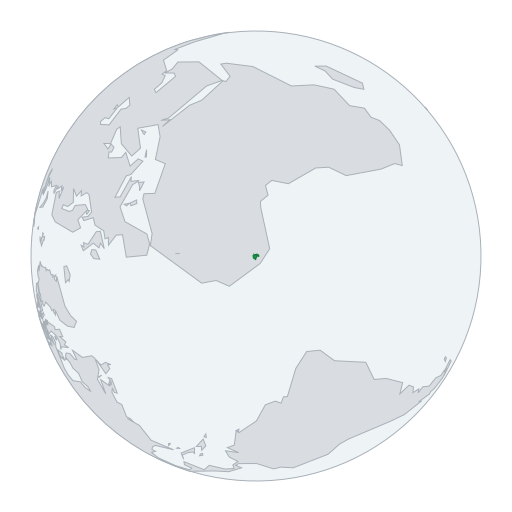 globe centered on Lofa, rotated 269°
{"feature_id": "LBR-787", "entity_name": "Lofa", "entity_type": "County", "adm_level": 1, "iso_a3": "LBR", "parent_name": "Liberia", "parent_adm1": "", "projection": "orthographic", "projection_center": [-9.763, 7.877], "detail": "fine", "context": "on_globe", "style": "filled", "palette": "green", "viewbox_px": 512, "rotation_deg": 269, "n_neighbors": 0, "source": "natural_earth", "source_scale": "10m", "svg_char_len": 9424}
<svg xmlns="http://www.w3.org/2000/svg" viewBox="0 0 512 512"><g transform="rotate(269 256 256)"><circle cx="256" cy="256" r="225" fill="#eef3f6" stroke="#a8b0b8"/><path d="M183.9,42.6L170.5,48.1L174.9,46.5L170.4,49.3L173.8,48.7L169.2,50.9L175.9,48.6L179.4,46.8L183.5,45.3L185.9,45.0L180.4,47.6L178.5,48.1L178.1,48.7L174.4,50.2L177.6,49.3L170.7,52.9L180.9,49.1L178.3,51.7L172.8,54.2L169.0,54.2L146.9,62.5L140.3,66.2L134.6,70.8L133.2,78.2L127.6,82.7L123.3,88.6L128.3,85.6L133.5,80.0L141.8,76.6L147.2,70.9L151.4,68.9L158.7,63.7L162.3,64.4L161.8,68.2L155.9,72.9L155.5,75.0L164.9,70.9L157.6,80.8L159.1,90.0L156.7,93.0L145.2,97.1L135.6,95.3L120.7,103.4L135.1,98.5L128.8,107.2L129.8,109.0L132.8,109.1L137.0,106.1L135.9,109.5L121.3,114.9L122.1,111.9L126.7,110.0L122.2,109.6L112.3,114.5L109.9,119.2L97.5,123.8L95.6,127.5L91.9,131.0L95.7,124.6L88.6,136.5L73.6,147.9L63.7,170.2L68.4,152.0L67.0,149.2L64.3,148.6L62.5,152.1L61.4,148.2L56.1,154.5L47.9,171.7L43.3,186.0L45.1,188.0L48.6,180.8L51.6,180.4L43.2,200.5L47.5,205.6L43.5,221.4L43.9,230.3L47.5,229.2L50.9,234.4L55.4,225.8L61.8,222.1L59.7,235.2L64.9,224.0L67.3,231.0L81.3,233.1L79.7,235.9L91.1,253.6L107.0,262.7L110.6,272.8L108.4,278.5L114.7,281.0L114.8,284.9L142.8,293.8L159.6,305.0L160.7,318.5L149.9,332.7L147.8,363.9L130.5,372.0L131.3,384.1L126.8,400.4L115.6,397.4L124.2,406.8L122.4,411.2L116.6,410.5L120.3,416.5L116.3,415.8L122.3,420.4L122.9,426.9L131.0,433.6L133.3,438.7L138.8,442.6L137.0,442.1L137.1,443.0L139.5,444.9L130.9,440.4L120.3,431.9L117.3,428.2L114.9,426.9L107.8,416.8L107.8,418.5L94.9,401.6L88.6,388.0L71.6,345.8L66.7,336.6L56.5,324.5L43.6,289.6L44.5,276.9L42.8,270.1L48.5,252.9L48.7,234.9L47.1,231.9L44.5,237.9L40.8,224.9L41.8,211.1L41.9,185.8L47.5,170.7L54.1,156.1L61.7,141.9L70.4,128.3L80.0,115.4L90.4,103.2L101.8,91.8L113.9,81.2L126.7,71.5L140.2,62.8L154.3,55.0L168.9,48.3L183.9,42.6ZM60.3,177.7L65.4,191.1L59.6,191.1L61.2,189.3L60.5,184.2L58.2,178.9L53.9,180.1L60.3,177.7ZM69.1,166.5L68.0,165.2L69.5,165.5L69.1,166.5ZM156.3,63.7L157.4,63.7L155.5,64.7L156.3,63.7ZM158.4,61.7L155.2,62.8L155.7,62.0L157.7,61.3L158.4,61.7ZM162.1,60.5L157.0,60.5L158.0,59.2L166.1,55.6L162.1,60.5ZM179.5,46.4L175.9,48.3L176.7,47.1L179.5,46.4ZM179.1,46.0L175.9,45.7L182.4,43.2L182.1,43.5L188.9,41.0L193.6,39.9L191.0,41.0L185.8,42.8L191.6,41.1L179.1,46.0ZM185.2,44.7L184.0,44.6L189.6,42.4L193.1,42.1L190.1,42.9L185.2,44.7ZM194.3,39.3L198.2,38.3L200.8,37.6L194.3,39.7L188.3,41.1L189.1,40.9L194.3,39.3ZM190.0,43.3L194.7,42.1L194.2,43.0L186.8,44.7L190.0,43.3ZM189.6,42.0L192.4,41.0L191.9,41.4L189.6,42.0ZM195.0,46.4L193.4,45.9L196.2,44.6L195.0,46.4ZM196.4,41.7L196.6,41.4L197.5,40.9L200.4,40.5L196.4,41.7ZM198.4,38.8L199.6,38.6L201.3,37.8L205.3,37.1L200.2,38.7L204.1,37.7L205.3,37.5L199.8,39.2L198.4,38.8ZM206.0,38.8L201.0,41.3L203.3,42.2L200.9,43.3L197.6,41.6L206.0,38.8ZM202.8,38.8L204.3,39.0L200.6,40.0L197.3,40.5L202.8,38.8ZM209.8,36.1L205.0,36.8L206.3,36.5L209.8,36.1ZM207.4,38.8L208.6,38.2L208.0,38.7L207.4,38.8ZM209.9,36.6L208.0,36.8L209.5,36.4L209.9,36.6ZM212.5,37.2L210.9,37.8L208.6,38.1L212.5,37.2ZM211.9,36.7L214.4,36.2L208.8,37.8L210.8,36.8L211.9,36.7ZM211.6,36.2L211.9,36.0L212.1,36.2L211.6,36.2ZM222.0,36.0L215.5,38.1L210.6,38.5L217.5,36.4L222.0,36.0ZM147.6,449.3L132.8,441.7L140.0,445.4L139.0,443.0L149.0,448.3L147.6,449.3ZM147.2,443.4L149.6,442.4L151.9,443.6L150.8,444.6L147.2,443.4ZM308.8,37.0L309.6,37.2L325.3,41.6L340.6,47.2L355.4,53.8L369.8,61.6L383.5,70.3L396.6,80.0L408.9,90.6L420.5,102.1L431.2,114.3L440.9,127.4L449.8,141.1L457.5,155.4L464.3,170.2L469.9,185.4L472.7,194.8L477.6,216.1L478.9,226.5L471.1,198.0L464.0,178.5L463.4,181.4L453.5,166.9L443.0,169.9L439.5,165.3L438.0,168.4L430.7,164.8L424.5,157.3L421.0,158.8L436.9,178.6L440.4,177.3L440.5,168.0L444.5,175.6L451.3,181.3L451.1,202.4L432.1,225.2L426.9,209.6L395.1,170.5L394.2,165.7L393.9,165.2L393.3,164.3L393.8,172.2L387.2,164.8L407.8,192.1L412.8,204.6L431.9,226.2L430.9,229.0L436.1,233.2L448.5,224.2L449.3,229.6L445.5,256.1L425.4,294.4L426.1,317.1L421.4,337.0L404.7,352.2L401.9,367.0L392.7,373.4L389.3,381.9L379.5,391.7L364.6,401.4L343.9,403.8L346.0,396.3L340.7,382.5L334.8,347.6L343.5,330.3L343.0,317.3L327.7,289.6L331.3,273.1L326.4,266.7L316.6,269.1L310.5,261.4L304.3,261.6L263.0,269.8L248.4,260.0L226.2,228.8L232.2,215.8L229.8,201.2L268.2,150.6L280.3,152.5L315.1,143.8L320.2,145.1L320.4,156.0L349.9,166.9L354.3,157.1L376.8,162.2L389.1,160.4L385.8,140.0L365.8,142.4L358.1,133.5L370.7,123.3L387.6,122.5L385.2,119.0L370.9,112.5L371.2,105.9L365.6,109.9L370.6,113.0L367.2,115.9L362.4,113.4L362.7,110.9L356.6,110.0L356.8,123.1L361.9,127.6L348.1,131.7L355.2,140.0L352.8,144.6L339.8,132.4L338.3,127.6L317.2,116.0L317.5,121.2L337.5,132.8L332.9,132.2L333.5,140.6L329.4,133.8L307.5,120.9L292.6,125.6L279.9,147.3L269.9,149.9L258.7,146.8L257.1,126.3L279.6,122.9L279.3,116.6L269.4,108.7L277.1,108.7L275.8,105.4L283.8,104.2L289.8,95.5L297.1,94.0L294.4,84.5L297.8,82.8L298.4,88.7L302.8,92.4L320.4,90.1L322.3,87.9L319.1,82.2L324.4,82.7L319.0,77.6L326.6,74.7L312.9,74.3L308.8,68.7L310.6,64.2L306.8,62.6L303.8,70.1L304.9,73.4L309.7,76.1L310.4,86.3L305.4,88.6L295.4,78.5L287.2,81.1L283.0,73.1L293.6,55.9L300.7,52.6L323.0,57.4L324.3,60.5L316.9,60.1L328.3,65.0L325.2,62.4L329.5,63.2L326.7,59.0L329.7,59.4L321.9,55.0L325.2,55.1L330.1,57.9L328.7,52.8L334.2,52.7L332.5,51.4L329.1,50.1L338.3,51.3L336.6,50.4L332.9,49.5L327.2,47.3L320.7,44.2L324.2,44.7L327.1,45.9L338.4,49.8L345.4,53.6L346.2,53.6L340.9,50.5L327.1,45.7L322.2,43.7L328.6,45.5L325.9,44.6L324.5,43.9L326.5,43.9L319.4,41.8L299.8,35.3L301.6,35.4L308.8,37.0ZM259.8,175.4L259.8,179.7L259.8,179.8L259.8,175.4ZM409.0,132.5L416.8,132.0L407.3,120.7L409.6,119.8L405.5,116.5L406.6,119.9L395.8,111.2L397.0,107.4L393.0,102.8L390.2,102.9L389.7,111.4L405.1,123.5L405.9,128.7L409.0,132.5ZM81.8,233.0L83.2,235.9L80.8,235.5L81.8,233.0ZM57.2,196.1L59.0,196.9L59.5,199.2L57.8,199.4L57.2,196.1ZM76.2,200.9L79.0,202.7L75.4,203.1L76.2,200.9ZM66.6,193.0L73.9,200.0L67.0,202.5L62.7,198.3L66.6,198.0L66.6,193.0ZM65.2,173.4L66.0,174.7L64.7,176.9L65.2,173.4ZM70.2,166.8L69.7,166.9L69.9,164.8L70.2,166.8ZM129.7,106.8L130.8,106.5L133.3,107.3L130.8,108.4L129.7,106.8ZM152.3,103.5L149.9,109.1L149.9,105.6L145.9,107.9L140.9,103.8L155.2,94.3L149.6,99.1L152.3,103.5ZM138.1,96.7L139.7,99.7L137.4,96.9L138.1,96.7ZM260.9,90.5L265.3,92.1L264.8,95.9L255.5,99.7L256.2,93.9L260.9,90.5ZM271.7,93.5L264.3,83.5L269.8,81.4L268.0,84.2L272.4,83.8L270.6,88.2L283.1,96.7L283.4,100.8L266.0,104.4L271.5,100.7L266.9,99.1L271.7,93.5ZM235.7,67.8L232.6,65.1L248.6,63.7L249.6,66.5L240.5,69.9L233.8,68.7L235.7,67.8ZM177.4,54.8L175.2,55.1L176.7,54.2L179.8,53.3L177.4,54.8ZM194.0,46.3L188.7,53.4L185.9,53.8L186.2,58.3L178.8,61.4L178.9,58.3L173.4,64.4L170.6,62.9L167.7,67.1L168.6,59.9L165.8,59.3L171.7,58.6L178.6,55.6L180.7,54.1L184.6,49.8L181.9,47.8L188.2,45.1L193.4,43.7L195.0,43.8L190.4,45.4L195.9,44.4L190.4,46.8L194.0,46.3ZM250.5,38.5L244.5,38.8L254.5,40.1L249.1,41.3L250.6,41.4L248.4,43.1L248.3,45.5L245.2,45.9L246.5,46.7L245.1,48.1L245.8,49.4L240.6,50.9L241.0,52.8L238.3,52.4L240.5,55.4L236.5,53.9L234.2,56.0L239.3,56.4L209.1,64.1L199.6,69.6L193.8,75.4L187.7,72.9L189.2,66.3L195.1,58.9L205.2,54.4L200.6,54.4L204.0,52.5L206.2,53.2L204.9,50.9L208.4,49.6L213.6,45.0L209.6,43.3L211.4,41.9L214.7,41.9L214.2,40.5L221.6,39.8L223.1,38.9L231.9,37.7L237.4,38.9L238.6,37.9L245.3,37.3L250.5,38.5ZM224.6,35.7L232.3,36.0L233.2,37.1L217.5,38.9L215.2,39.8L205.2,41.7L204.1,40.3L207.1,39.8L209.7,39.1L209.0,39.8L211.6,38.7L215.7,38.1L218.8,37.2L220.5,37.5L224.6,35.7ZM323.3,140.7L326.8,140.8L331.6,139.8L332.0,145.4L323.3,140.7ZM308.4,131.9L311.1,130.9L314.1,137.6L310.5,137.8L308.4,131.9ZM310.0,125.1L311.0,130.4L308.4,127.6L310.0,125.1ZM300.7,87.7L303.3,86.7L304.6,88.0L304.3,90.2L300.7,87.7ZM279.2,45.0L275.6,44.4L275.8,43.9L270.0,41.7L273.5,41.0L278.4,42.0L279.2,45.0ZM383.9,143.8L381.9,148.0L379.4,146.4L380.6,145.3L383.9,143.8ZM356.9,146.7L364.3,148.5L356.9,148.2L356.9,146.7ZM282.1,43.9L279.3,42.9L282.8,43.2L282.1,43.9ZM275.8,40.4L279.5,40.4L273.3,40.6L275.8,40.4ZM402.0,427.5L399.5,429.7L398.6,430.4L402.0,427.5ZM444.7,329.4L427.0,365.4L420.8,366.8L422.8,357.0L431.5,335.7L439.8,328.3L444.8,318.1L444.7,329.4ZM479.9,231.2L480.1,232.7L478.0,218.0L479.4,226.9L479.9,231.2ZM308.4,40.8L312.6,44.3L317.9,47.3L324.6,49.3L317.0,48.3L308.7,43.7L308.4,40.8ZM300.5,35.7L294.7,34.6L295.9,34.6L297.4,34.8L300.5,35.7ZM297.9,35.3L293.1,35.0L289.0,34.2L293.6,34.5L297.9,35.3ZM287.9,38.2L288.9,39.1L286.0,38.8L287.9,38.2Z" fill="#d9dde1" stroke="#a8b0b8" stroke-width="1"/><path d="M252.7,255.4L252.8,255.3L253.0,255.1L253.5,255.0L253.7,254.9L253.8,254.8L253.8,254.7L253.8,254.4L254.0,253.8L254.0,253.6L254.4,253.5L254.5,253.5L254.8,253.5L254.8,253.8L255.1,253.8L255.2,253.6L255.3,253.6L255.5,253.6L255.8,253.5L255.8,253.4L256.0,253.3L256.0,253.6L256.2,253.8L256.2,253.7L256.3,253.6L256.5,253.8L256.4,253.8L256.3,254.0L256.5,254.0L256.6,253.9L256.7,254.0L256.9,254.1L257.0,254.1L256.9,254.2L256.9,254.3L257.0,254.4L257.0,254.5L256.9,254.6L256.9,254.8L257.0,254.8L257.1,255.0L257.2,255.3L257.3,255.3L257.3,255.5L257.2,255.7L257.2,255.9L257.3,256.0L257.5,256.3L257.5,256.5L257.5,256.8L257.6,257.0L257.5,257.3L257.4,257.4L257.4,257.5L257.2,257.7L257.1,257.8L257.1,258.0L256.8,258.2L256.8,258.3L256.7,258.3L256.4,258.4L256.4,258.5L256.2,258.7L255.9,258.7L255.7,258.2L256.3,256.8L256.3,256.6L255.3,256.1L254.7,256.3L254.3,255.8L254.2,255.9L253.5,255.7L253.3,255.5L252.9,255.6L252.7,255.4Z" fill="#22c55e" stroke="#15803d" stroke-width="1.5"/></g></svg>